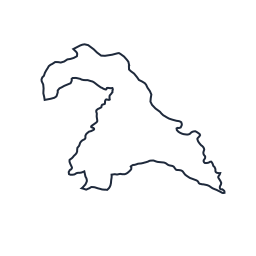 Chhimung, Pemagatsel, Bhutan, rotated 70°
{"feature_id": "84629894B81792888214428", "entity_name": "Chhimung", "entity_type": "district", "adm_level": 2, "iso_a3": "BTN", "parent_name": "Bhutan", "parent_adm1": "Pemagatsel", "projection": "natural_earth1", "projection_center": [91.294, 27.039], "detail": "fine", "context": "isolated", "style": "outline", "palette": "slate", "viewbox_px": 256, "rotation_deg": 70, "n_neighbors": 0, "source": "geoboundaries", "source_scale": "gbopen_adm2", "svg_char_len": 5532}
<svg xmlns="http://www.w3.org/2000/svg" viewBox="0 0 256 256"><g transform="rotate(70 128 128)"><path d="M221.9,59.5L220.7,59.1L220.0,59.1L218.9,59.7L217.9,60.3L217.7,61.0L217.3,61.7L216.7,62.2L216.1,62.2L215.4,62.1L214.8,61.9L214.0,61.3L213.0,60.1L211.6,59.2L210.6,59.2L209.5,59.3L207.9,59.6L206.6,59.9L205.6,60.1L204.9,60.0L204.1,59.2L203.5,58.3L202.7,57.4L201.9,56.8L201.6,57.9L200.5,59.8L200.0,60.2L199.3,60.6L198.4,60.6L197.1,60.1L195.9,59.9L194.1,60.1L192.8,60.8L190.8,60.7L189.3,60.9L188.1,61.3L187.8,62.4L188.1,64.0L188.0,65.1L187.6,66.8L187.0,67.9L186.0,68.3L184.9,68.3L184.2,67.9L183.5,66.9L182.7,65.9L181.5,65.3L180.6,65.3L179.8,65.7L178.8,65.9L178.0,65.9L176.6,65.5L175.3,64.5L174.4,63.8L173.2,63.6L171.8,63.8L170.3,64.4L169.4,65.1L168.9,65.3L167.1,66.0L165.3,66.5L164.2,66.7L162.0,66.6L161.3,65.9L160.7,64.6L160.2,63.7L159.3,62.7L158.1,62.8L156.2,64.1L155.0,65.0L154.0,66.0L153.6,68.0L153.7,69.7L154.1,70.7L154.7,72.1L154.7,73.3L154.4,74.7L153.6,76.3L152.7,78.0L151.7,79.3L150.3,80.7L148.8,81.9L146.7,82.8L145.0,82.5L144.8,81.5L145.4,80.2L145.5,79.2L145.5,78.3L143.8,76.6L142.8,76.1L140.8,76.0L139.9,76.7L139.2,77.5L138.9,77.9L137.8,80.0L135.4,83.4L134.4,84.7L133.2,86.2L132.2,87.1L130.8,88.3L130.0,88.9L128.1,90.5L126.5,91.3L125.7,91.7L123.7,92.4L119.1,95.5L114.5,97.5L110.9,97.9L107.9,96.5L104.5,94.6L103.2,94.7L100.9,94.8L96.8,95.9L93.5,96.2L91.6,96.9L89.1,98.9L86.6,101.3L83.5,102.1L78.9,103.7L75.6,105.9L73.4,107.0L69.9,105.9L69.7,105.5L65.9,105.0L63.6,105.7L59.5,107.3L55.8,109.8L54.5,110.9L54.2,112.4L53.7,117.9L52.3,124.9L50.8,128.5L46.5,131.3L42.3,133.3L36.5,137.1L34.5,140.2L34.1,142.4L34.1,144.6L34.8,150.1L35.1,152.4L38.6,150.7L39.5,150.4L40.2,150.3L41.0,150.4L41.7,150.7L42.4,151.1L43.1,151.5L43.6,155.1L43.4,158.6L42.8,161.5L43.7,165.3L43.5,168.8L42.2,171.1L41.1,173.9L41.9,177.2L42.1,179.2L42.8,181.3L44.2,182.9L45.7,184.9L47.6,187.1L50.2,189.2L51.1,191.2L52.7,192.6L53.3,192.8L54.5,193.1L58.1,192.8L62.0,193.8L64.3,194.8L66.5,195.7L70.0,196.1L73.1,196.7L74.1,190.6L74.4,186.8L73.8,184.5L72.6,183.4L71.6,182.7L70.6,181.9L68.7,181.2L67.3,178.8L67.1,176.5L66.6,173.5L66.3,166.7L65.6,165.9L64.3,164.7L62.5,164.1L62.1,162.8L62.6,161.4L63.2,159.7L63.8,158.7L65.5,156.1L66.6,155.1L67.0,154.5L67.3,154.0L67.7,153.4L68.1,152.5L69.3,149.4L70.6,147.7L71.4,146.6L72.2,145.4L72.6,145.1L73.1,144.6L74.6,143.6L77.2,142.0L79.2,140.6L80.6,139.6L81.5,138.6L82.8,137.6L83.7,136.5L84.3,135.6L84.1,135.0L83.5,134.5L83.2,134.1L83.4,133.2L83.8,132.4L84.2,131.7L84.6,130.8L84.8,130.3L85.1,129.0L85.7,129.0L86.4,129.0L87.1,129.4L87.8,130.0L88.6,130.2L89.2,130.5L89.4,131.1L90.1,132.0L90.6,133.0L91.0,133.8L91.6,134.4L92.6,134.8L93.8,135.2L95.0,135.4L95.1,136.3L94.8,136.8L94.3,137.7L93.7,138.6L93.8,139.2L94.2,139.7L94.7,140.2L95.6,140.7L96.5,141.0L97.4,141.6L97.4,142.1L97.4,142.8L97.3,144.2L97.6,144.8L98.1,145.2L99.4,146.0L99.5,146.5L99.6,147.4L99.7,148.0L99.8,148.8L99.8,149.5L100.0,150.3L100.6,151.7L101.4,152.1L102.1,152.3L102.7,152.3L103.3,152.3L104.2,152.5L105.0,152.9L106.5,153.5L107.9,153.8L110.0,154.2L111.0,154.5L111.8,155.4L112.2,156.6L113.0,159.5L113.3,160.7L113.5,161.3L113.7,161.8L114.2,162.2L114.6,162.2L115.2,161.6L115.6,161.1L116.1,160.6L116.9,160.1L117.6,160.3L117.9,160.7L118.0,161.2L118.3,163.7L118.2,164.5L118.1,166.0L119.2,169.0L120.0,170.0L120.9,170.8L122.0,171.1L122.9,171.5L123.6,172.4L123.8,173.4L123.9,174.4L124.0,175.1L124.3,175.9L124.7,176.8L125.5,178.0L127.4,179.5L128.2,180.3L128.8,181.4L129.3,182.3L130.2,182.8L132.0,183.6L132.8,183.9L133.4,184.5L134.0,185.0L134.8,186.3L135.3,187.5L135.8,188.6L136.4,189.5L137.2,191.1L137.6,192.5L137.9,193.7L138.6,194.1L139.8,194.5L140.4,194.5L140.9,194.5L141.5,194.5L142.1,194.5L142.7,194.4L143.2,194.4L143.8,194.3L144.4,194.3L145.0,194.2L145.6,194.2L146.1,194.2L146.6,194.5L147.0,195.0L147.3,195.5L147.5,196.1L147.5,196.7L147.8,197.3L148.2,197.7L148.6,198.2L148.9,198.6L149.5,198.9L150.1,199.0L150.6,199.1L151.2,199.2L152.2,198.1L152.9,196.3L153.3,194.3L153.1,193.0L152.8,192.0L153.0,190.2L153.6,188.6L153.9,187.2L153.9,185.3L153.8,183.9L159.1,184.6L161.1,184.3L162.8,184.5L163.8,184.8L164.4,185.3L165.1,185.9L165.8,186.7L166.6,187.4L166.8,188.0L168.0,190.2L168.6,191.5L168.8,192.1L169.7,190.8L171.6,188.4L171.5,186.9L171.4,185.8L171.4,185.0L171.2,184.0L171.0,183.3L171.0,182.4L171.6,181.0L172.3,179.6L174.4,176.9L175.6,175.1L176.8,173.5L177.6,171.9L178.3,170.1L179.0,168.7L178.6,167.8L177.9,166.3L177.2,165.4L176.3,164.5L175.6,163.9L174.9,163.5L174.0,162.9L172.7,162.3L171.0,161.5L169.4,160.6L168.6,160.2L167.6,159.8L166.2,159.4L166.4,158.5L166.9,156.2L168.0,154.2L168.3,151.9L168.5,150.9L169.4,149.3L169.8,148.2L170.3,146.8L170.3,145.3L170.0,143.8L169.0,141.2L168.1,139.5L167.8,139.1L166.4,138.4L165.1,138.6L164.8,137.8L164.7,137.2L164.5,136.3L164.5,135.7L164.8,134.9L165.0,133.1L165.0,130.8L165.8,127.7L166.1,125.4L166.1,124.8L166.3,122.8L166.4,120.7L166.2,119.2L166.3,118.3L166.6,117.2L167.0,116.0L167.3,115.1L167.9,114.4L169.1,113.0L169.9,111.9L170.6,110.5L172.0,107.6L172.7,106.1L173.4,105.2L174.1,104.5L175.0,103.9L176.3,103.0L177.2,102.0L178.1,100.5L178.9,99.2L179.9,98.3L180.8,98.0L182.4,97.6L183.8,97.0L184.3,96.1L184.9,94.6L185.9,92.8L186.9,91.8L187.6,91.4L188.7,91.1L189.7,90.8L191.3,90.3L192.9,89.3L194.8,87.9L196.0,87.0L196.6,86.3L197.7,85.0L200.6,81.6L201.6,80.8L202.8,80.4L204.1,80.3L205.1,79.5L205.5,78.7L206.2,77.7L206.8,76.3L208.1,74.2L208.8,73.1L209.6,72.2L210.3,71.5L213.0,69.6L213.9,68.8L215.1,67.5L216.4,66.0L218.3,64.2L218.9,63.6L219.7,62.9L221.0,61.8L221.6,61.0L221.9,59.5Z" fill="none" stroke="#1e293b" stroke-width="2"/></g></svg>